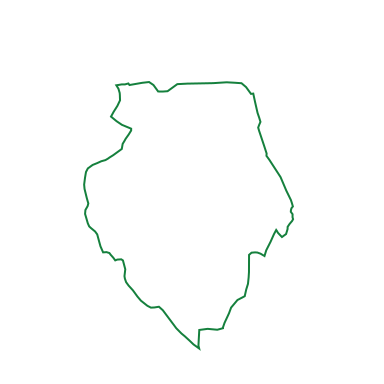 Duhok, Dihok, Iraq, rotated 234°
{"feature_id": "34846034B6031553398703", "entity_name": "Duhok", "entity_type": "district", "adm_level": 2, "iso_a3": "IRQ", "parent_name": "Iraq", "parent_adm1": "Dihok", "projection": "robinson", "projection_center": [43.064, 36.944], "detail": "fine", "context": "isolated", "style": "outline", "palette": "green", "viewbox_px": 384, "rotation_deg": 234, "n_neighbors": 0, "source": "geoboundaries", "source_scale": "gbopen_adm2", "svg_char_len": 2025}
<svg xmlns="http://www.w3.org/2000/svg" viewBox="0 0 384 384"><g transform="rotate(234 192 192)"><path d="M195.4,84.6L193.6,87.5L192.1,88.6L191.2,89.3L189.1,89.3L185.1,89.7L181.8,89.7L181.2,91.9L179.1,95.2L177.2,95.9L168.7,92.6L163.6,87.9L161.4,86.8L157.8,85.7L153.5,85.7L147.2,86.4L139.6,86.4L134.1,86.8L126.2,89.0L122.6,90.8L120.7,93.7L118.6,97.8L113.5,98.9L91.0,99.2L83.7,100.3L79.4,101.4L76.4,102.0L74.0,102.5L67.9,103.6L61.2,105.8L63.9,106.9L68.5,110.6L76.1,116.8L72.1,124.2L65.7,131.5L63.6,137.0L64.2,137.4L67.0,141.4L72.1,150.6L75.5,155.7L76.7,160.5L77.9,165.3L76.7,173.4L81.2,178.5L84.8,183.3L89.7,187.7L93.7,191.0L107.6,201.2L107.9,204.5L106.1,207.5L104.6,209.3L101.8,211.2L97.6,213.0L101.2,217.8L105.5,226.2L109.7,233.5L111.8,237.8L110.8,237.8L109.1,237.6L108.5,237.6L108.0,237.6L102.7,238.3L102.7,243.4L105.8,247.5L107.6,248.9L108.8,252.2L109.4,254.6L109.7,255.9L110.6,257.8L112.5,258.5L114.9,260.3L116.0,260.3L116.9,260.3L117.9,260.3L119.2,261.4L120.4,262.9L121.0,265.1L124.0,266.2L127.4,267.3L137.7,269.1L152.0,272.4L172.7,273.5L173.7,273.5L176.5,273.5L177.5,273.5L179.3,275.0L187.3,277.6L202.2,282.3L205.2,283.4L206.7,285.6L208.5,288.6L212.5,290.0L217.4,291.5L227.7,295.9L235.6,299.4L236.7,297.4L245.1,297.4L250.9,296.0L255.1,291.0L260.4,284.5L267.7,273.0L282.5,251.8L287.9,243.5L287.9,231.5L290.2,227.8L293.2,223.7L301.2,223.7L306.2,221.9L309.6,215.9L315.3,204.3L317.2,204.3L318.5,200.9L320.4,198.3L322.8,193.5L318.8,193.2L314.6,191.7L312.8,190.6L310.6,189.1L308.5,187.7L305.5,182.2L303.0,175.9L300.6,170.8L296.3,171.9L293.6,172.6L287.5,174.8L279.0,180.0L277.5,178.9L275.7,174.5L274.1,169.7L272.9,167.1L271.7,164.2L268.1,160.5L268.1,156.5L268.1,153.5L268.1,149.9L268.4,145.5L268.4,143.6L268.7,140.7L270.2,136.7L271.1,132.3L272.3,127.5L272.3,121.6L270.5,118.0L266.5,113.9L261.4,109.1L257.7,106.9L248.9,103.3L243.7,101.4L241.9,99.2L240.1,95.2L237.1,92.6L234.0,91.5L227.9,89.3L224.6,88.6L222.5,89.0L217.0,90.4L213.4,90.4L205.8,87.5L201.8,86.0L195.4,84.6Z" fill="none" stroke="#15803d" stroke-width="2"/></g></svg>